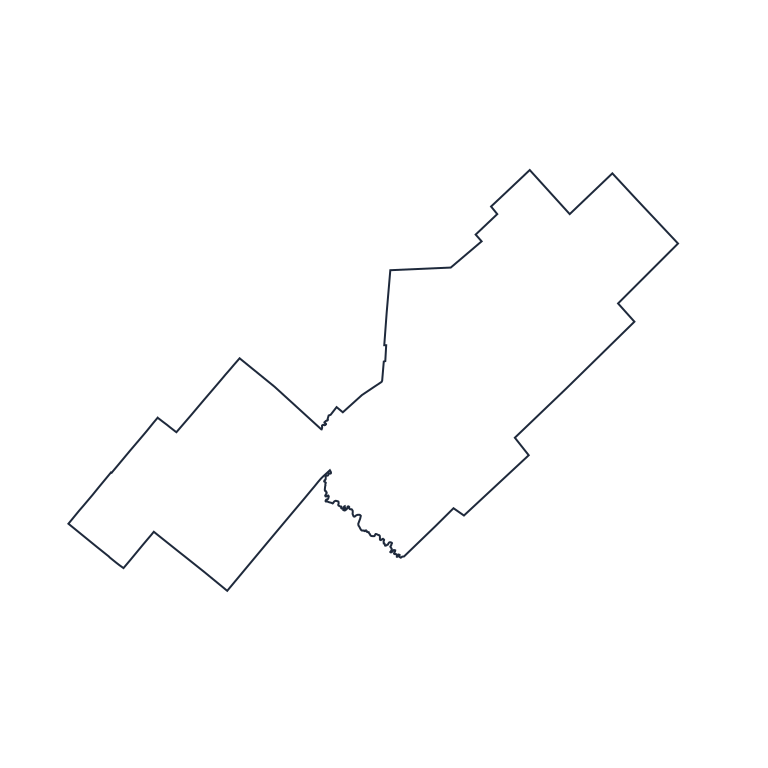 outline of Giurgita, Dolj, Romania, rotated 309°
{"feature_id": "2599482B97852940082202", "entity_name": "Giurgita", "entity_type": "district", "adm_level": 2, "iso_a3": "ROU", "parent_name": "Romania", "parent_adm1": "Dolj", "projection": "robinson", "projection_center": [23.602, 44.033], "detail": "fine", "context": "isolated", "style": "outline", "palette": "slate", "viewbox_px": 768, "rotation_deg": 309, "n_neighbors": 0, "source": "geoboundaries", "source_scale": "gbopen_adm2", "svg_char_len": 5049}
<svg xmlns="http://www.w3.org/2000/svg" viewBox="0 0 768 768"><g transform="rotate(309 384 384)"><path d="M678.2,524.1L686.3,464.6L691.4,428.9L632.9,421.4L642.0,362.6L606.9,357.9L589.3,355.5L587.3,365.1L557.8,361.2L556.3,370.1L516.5,362.6L476.4,317.3L441.1,341.2L414.3,359.8L415.5,361.3L402.6,370.6L401.3,369.7L385.4,380.5L384.1,380.8L376.1,378.3L361.5,373.8L336.1,369.8L336.2,361.7L326.5,361.9L324.7,360.8L320.9,362.4L320.9,362.9L320.7,363.0L320.0,363.0L319.7,362.8L318.8,362.1L316.7,361.8L316.5,362.2L316.4,362.7L316.6,363.8L316.4,364.2L316.2,364.3L315.1,364.1L314.5,363.7L314.0,362.4L313.2,362.1L312.7,362.0L311.0,363.5L309.5,364.1L309.3,363.9L313.0,300.7L313.1,255.6L309.8,255.5L304.6,255.3L299.8,255.2L291.5,254.9L285.4,254.8L273.1,254.5L258.7,254.1L249.2,253.9L238.9,253.7L215.9,253.0L215.8,251.2L215.8,250.1L215.7,245.1L215.7,242.6L215.7,241.2L215.5,235.7L215.4,231.3L215.3,229.9L215.4,229.3L209.2,229.2L198.3,229.2L192.7,229.1L172.7,228.6L165.6,228.5L151.2,228.3L145.4,228.2L143.6,228.2L143.5,227.5L123.9,227.3L114.1,227.3L100.0,227.0L93.8,226.8L76.8,226.7L76.7,261.6L76.7,263.8L76.8,278.7L76.8,279.1L76.6,279.6L76.6,281.2L76.6,284.2L76.6,288.0L76.7,292.4L77.0,297.4L87.2,297.6L107.1,297.8L117.0,298.0L120.4,298.1L124.3,298.1L124.3,298.3L124.3,302.9L124.5,330.6L124.6,337.4L124.8,362.3L124.6,392.3L188.7,393.2L224.9,393.8L245.7,394.2L255.4,394.3L260.4,394.4L266.7,394.4L270.3,394.5L271.6,394.6L274.2,394.9L279.3,395.7L282.9,396.2L282.6,396.9L282.5,397.4L282.0,398.3L281.5,398.8L281.0,398.9L280.7,398.8L280.4,398.3L280.1,397.8L279.6,397.6L278.8,397.8L277.8,398.0L277.4,397.9L277.0,397.5L276.5,397.0L276.1,396.7L275.8,396.7L275.4,396.8L274.6,397.6L273.2,398.6L272.6,398.7L272.3,398.7L272.1,398.5L271.8,398.4L271.3,398.5L270.6,398.9L270.7,399.5L270.7,400.8L270.5,401.0L269.4,401.3L268.2,402.4L267.7,402.5L267.4,402.7L265.5,403.9L264.5,404.6L264.0,405.1L263.9,405.6L264.2,405.9L264.1,406.3L263.6,407.1L263.7,407.6L263.1,408.1L262.4,408.2L261.0,408.4L260.2,408.6L259.9,409.3L260.1,409.5L260.6,410.2L261.4,410.4L262.2,410.7L262.2,411.1L261.9,411.8L260.9,412.3L260.3,412.6L259.4,412.8L258.8,412.7L258.4,412.3L258.1,412.0L257.8,411.9L257.2,411.9L256.5,412.1L256.2,412.3L256.1,412.8L256.3,413.0L256.5,413.3L257.0,413.8L257.2,414.6L257.5,415.6L258.5,417.8L258.8,418.9L258.9,419.3L259.5,419.4L260.2,419.3L260.6,419.2L261.1,419.3L261.7,419.3L262.2,419.6L262.9,420.0L263.0,420.2L263.2,420.7L263.8,421.9L263.9,422.6L263.3,423.3L262.5,424.0L261.6,424.4L261.4,424.4L261.2,424.6L261.0,424.9L260.9,425.2L260.9,425.4L261.1,425.9L261.3,427.2L261.5,427.6L261.8,427.8L261.8,428.1L261.5,428.2L260.9,428.6L260.6,428.9L260.6,429.2L260.6,429.5L261.1,430.0L261.5,430.2L262.1,430.4L262.4,430.6L262.8,430.4L263.3,430.3L263.5,430.2L263.9,430.2L264.1,430.3L264.3,430.4L264.2,430.5L263.9,430.7L263.7,430.9L263.5,431.1L263.4,431.5L263.2,432.1L263.0,432.3L262.7,432.7L262.2,432.0L261.6,431.7L261.3,431.7L260.8,431.7L260.5,431.7L260.5,432.0L260.9,433.0L261.3,433.3L261.8,433.4L262.8,433.7L263.6,433.7L264.3,433.7L264.9,433.4L265.4,433.0L265.8,432.9L266.4,433.2L266.6,433.6L266.6,434.0L266.5,434.4L266.0,434.7L265.6,434.9L265.4,435.4L265.3,436.2L265.5,436.7L265.8,437.1L266.1,437.4L266.3,437.9L265.8,439.4L264.7,440.4L263.3,441.3L262.1,443.4L262.0,443.8L262.4,444.6L262.9,444.8L263.5,444.8L264.7,445.2L265.8,445.9L266.5,446.7L266.9,447.2L267.1,448.0L266.9,449.0L266.4,449.2L264.4,450.2L261.1,451.3L259.1,452.0L257.9,453.3L257.7,454.3L256.8,456.3L256.2,457.8L256.2,459.0L257.2,460.3L257.4,461.4L257.6,461.5L258.2,461.5L258.4,461.7L258.7,462.0L258.4,462.2L258.3,462.7L258.4,463.1L258.7,463.5L258.4,463.8L258.4,464.1L258.7,464.7L259.2,465.3L258.9,465.7L258.5,466.9L258.4,467.8L258.0,468.3L257.8,468.8L257.9,469.8L258.8,471.2L259.7,472.2L260.1,472.3L260.7,472.1L262.1,471.9L262.3,472.1L262.5,472.4L262.9,473.7L263.0,474.4L263.5,475.5L263.3,476.3L262.2,477.4L260.5,478.8L260.5,479.3L260.7,479.8L262.0,480.2L262.8,480.4L263.0,480.6L262.9,480.8L262.8,481.0L263.0,481.2L263.1,481.7L263.0,482.1L262.3,482.5L261.7,482.6L261.2,482.9L260.5,483.6L259.9,484.2L260.0,484.4L260.3,484.7L260.2,485.0L259.9,485.5L259.5,486.0L259.1,486.5L259.2,486.8L259.8,487.3L260.5,487.6L261.0,487.6L261.7,488.1L262.2,488.0L262.6,487.8L263.0,487.8L263.9,487.7L264.3,487.9L264.7,488.1L265.1,488.7L265.4,489.5L265.5,490.0L265.3,490.4L264.8,490.5L263.6,490.8L263.1,491.2L262.6,491.2L261.7,491.2L261.4,491.6L261.1,492.8L260.7,493.8L259.9,494.3L258.5,494.6L257.4,494.6L257.3,494.8L257.4,495.2L257.9,495.7L258.5,495.9L259.3,495.9L260.4,496.0L260.9,496.0L261.2,496.2L261.4,496.5L261.6,497.0L261.8,497.4L261.7,497.5L260.7,498.0L260.0,498.1L258.6,498.4L258.4,498.8L258.5,499.2L258.6,499.5L259.1,499.9L259.4,500.5L259.6,501.3L259.3,501.6L258.7,501.9L258.1,502.4L257.8,502.7L257.9,502.9L258.3,503.2L258.7,503.4L259.1,503.5L259.8,503.1L260.8,502.9L261.0,503.7L260.2,504.2L259.5,504.8L259.4,505.4L259.5,505.9L259.5,506.2L259.9,506.5L261.3,506.8L262.6,508.1L306.5,513.5L331.2,516.2L332.1,528.9L419.7,541.3L424.6,519.5L495.4,528.5L590.0,539.4L593.9,515.2L678.2,524.1Z" fill="none" stroke="#1e293b" stroke-width="2"/></g></svg>